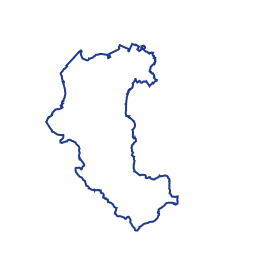 outline of Somcuta Mare, Maramures, Romania, rotated 46°
{"feature_id": "2599482B12476623860037", "entity_name": "Somcuta Mare", "entity_type": "district", "adm_level": 2, "iso_a3": "ROU", "parent_name": "Romania", "parent_adm1": "Maramures", "projection": "mercator", "projection_center": [23.535, 47.493], "detail": "fine", "context": "isolated", "style": "outline", "palette": "blue", "viewbox_px": 256, "rotation_deg": 46, "n_neighbors": 0, "source": "geoboundaries", "source_scale": "gbopen_adm2", "svg_char_len": 5850}
<svg xmlns="http://www.w3.org/2000/svg" viewBox="0 0 256 256"><g transform="rotate(46 128 128)"><path d="M207.2,193.6L208.3,192.3L207.9,191.1L208.0,189.6L207.0,188.4L207.5,187.8L207.8,186.9L207.7,186.5L207.9,185.1L207.8,184.2L208.6,181.9L209.7,180.6L209.9,179.8L210.2,179.5L210.5,177.7L212.6,175.3L213.4,172.7L213.2,171.1L213.3,169.4L212.2,167.2L212.1,166.0L211.2,165.1L210.5,164.9L210.3,165.5L209.6,165.2L209.7,164.4L209.5,163.9L208.8,164.0L208.6,163.3L207.9,162.4L208.2,160.8L208.7,159.5L208.5,158.9L209.0,156.9L208.9,154.5L208.7,153.9L208.7,152.6L209.7,150.9L213.1,147.6L213.7,147.4L214.4,147.8L215.9,147.1L215.3,146.5L216.3,146.1L216.5,145.7L216.8,144.9L216.4,144.4L214.7,142.9L214.1,142.7L211.8,139.8L211.1,140.7L210.8,141.5L210.2,142.1L209.0,142.8L208.7,143.5L207.9,144.0L206.3,143.7L205.4,143.2L203.8,143.4L202.9,141.9L201.4,140.7L200.3,140.5L199.4,139.4L197.4,137.6L196.8,136.6L195.5,135.9L195.2,135.2L194.9,135.2L194.9,134.7L194.5,134.6L193.8,133.8L191.4,133.8L190.6,133.2L189.9,133.3L189.1,133.5L187.8,134.4L186.8,136.1L185.3,138.2L184.2,138.3L184.5,139.3L184.4,140.7L183.4,143.4L183.5,144.2L183.3,144.7L182.1,145.8L180.2,146.7L179.5,146.7L178.6,146.3L177.9,147.4L177.4,149.0L176.7,149.7L176.0,149.7L174.8,148.5L173.9,148.4L172.1,149.6L170.1,152.4L164.4,153.1L163.7,153.6L163.6,153.0L160.8,151.9L160.2,151.0L159.6,150.8L159.0,149.8L158.2,149.2L158.1,148.5L157.1,147.7L156.5,146.5L156.1,146.0L154.6,145.6L153.8,144.6L152.8,144.2L152.8,143.6L150.4,144.2L149.1,141.4L147.7,141.5L146.9,140.8L146.6,140.2L144.5,139.2L144.2,138.3L143.7,137.7L143.4,136.6L143.2,136.6L143.3,135.4L143.0,135.3L143.0,134.4L142.8,133.9L143.0,132.8L143.0,131.4L141.2,129.9L140.7,130.1L139.8,129.7L139.9,129.9L139.6,130.1L139.4,131.0L137.9,130.8L134.3,127.1L132.3,126.1L132.5,124.7L132.3,123.4L131.6,121.9L130.3,120.5L126.7,118.7L126.7,118.4L126.4,119.3L122.4,119.4L122.4,119.7L122.0,119.9L120.6,120.1L120.2,118.9L118.2,121.0L115.4,119.1L113.9,117.1L111.0,114.2L110.3,113.9L109.9,113.1L109.1,113.1L109.0,112.2L104.9,107.3L103.8,105.2L103.5,105.5L103.0,105.2L103.1,104.9L102.2,103.1L102.8,103.1L102.7,102.8L101.7,102.2L101.9,101.0L101.2,100.9L101.2,100.3L101.8,100.1L101.4,99.2L102.0,98.4L102.0,96.7L100.3,94.2L99.2,93.8L99.0,91.3L98.4,89.9L98.6,89.1L97.9,88.7L98.0,88.5L99.6,89.3L101.7,89.7L102.1,86.9L104.2,87.2L104.7,87.1L105.0,86.6L105.2,85.0L105.6,84.1L106.2,83.9L107.2,82.8L107.1,82.4L112.8,83.4L112.6,82.9L112.7,80.0L112.5,79.0L113.5,79.0L113.2,75.6L113.9,74.7L113.6,73.9L112.6,74.5L109.8,74.4L109.3,73.9L109.5,73.5L109.2,73.2L107.7,72.4L106.5,72.4L106.2,72.1L105.6,72.8L103.6,72.5L103.5,73.1L102.8,72.8L102.2,73.0L99.8,69.0L99.9,68.3L99.6,66.3L99.9,65.4L100.4,65.0L99.6,64.1L100.1,63.8L99.0,62.0L98.5,62.1L98.1,61.7L98.4,61.5L97.7,61.1L97.5,60.7L97.1,60.9L96.7,60.7L96.6,60.2L96.0,60.6L95.9,59.8L95.6,59.9L94.9,59.6L94.5,59.9L94.2,59.3L93.4,59.7L92.4,59.4L91.8,58.8L91.3,57.8L90.6,58.7L90.2,58.6L90.1,59.2L89.5,59.9L89.3,60.7L88.8,60.5L88.4,61.3L87.1,61.1L85.5,61.8L85.4,62.1L82.3,62.3L82.2,61.8L81.9,61.8L82.2,60.1L81.1,59.4L80.1,59.4L79.4,59.8L79.2,60.6L78.6,61.3L79.8,61.8L79.4,62.2L79.4,62.6L80.3,63.0L80.7,63.6L80.5,64.0L80.8,64.2L80.5,64.7L80.7,65.9L80.4,66.5L77.9,66.7L77.2,63.6L73.6,64.4L73.7,65.0L70.4,66.6L73.4,74.0L73.2,74.3L72.7,74.3L72.5,73.6L71.6,72.6L68.7,74.0L62.7,76.3L63.3,77.6L63.3,78.1L64.7,78.9L65.0,80.1L62.3,88.2L61.5,91.0L62.9,91.8L63.2,90.9L64.6,91.5L64.0,93.7L61.4,91.8L60.9,92.3L59.4,93.3L56.3,95.7L55.1,97.2L54.4,98.6L53.1,100.2L53.2,101.5L52.9,102.4L52.9,104.2L51.6,107.4L50.9,107.7L51.3,108.4L51.5,109.5L51.2,110.2L50.6,110.6L46.4,112.4L43.3,111.3L41.3,110.1L40.9,109.8L41.1,109.5L40.6,108.0L39.6,107.9L39.3,109.3L39.2,110.4L40.1,122.9L40.3,129.0L41.4,129.1L41.5,132.4L41.0,133.2L41.6,135.2L41.8,138.4L42.6,139.0L44.7,139.5L46.7,141.2L48.9,142.1L49.0,142.5L50.1,141.9L50.8,142.7L50.4,143.2L56.1,146.3L59.7,149.1L60.4,149.9L61.2,151.4L62.2,152.5L62.2,153.2L62.6,154.0L63.8,155.7L63.1,156.3L64.0,158.0L65.1,157.7L65.1,160.8L65.9,160.9L66.4,160.3L67.5,160.7L66.8,161.6L67.5,162.0L66.4,164.8L65.3,165.7L64.3,167.5L64.6,167.9L64.4,168.6L64.5,170.7L64.3,171.2L65.1,173.0L65.4,172.8L66.1,173.6L65.7,176.3L65.1,177.4L65.5,178.3L65.3,178.5L65.6,179.5L66.6,181.6L66.8,182.6L74.6,184.2L76.7,184.3L77.7,185.2L79.6,184.2L83.8,183.3L87.0,180.7L88.1,179.4L90.0,181.2L90.3,184.1L89.9,184.6L90.0,185.5L91.5,186.6L92.9,185.9L93.1,185.0L94.8,181.6L95.3,181.1L95.0,180.4L95.0,179.4L96.2,177.9L96.7,177.6L98.2,177.5L99.4,176.5L100.5,176.5L101.9,175.8L103.8,176.4L106.6,176.1L108.9,177.0L109.4,177.5L109.6,178.3L109.9,178.7L112.3,180.0L114.2,182.9L115.4,183.2L115.7,184.0L117.0,183.9L117.2,184.6L118.4,184.1L122.4,184.4L124.5,185.4L124.6,186.0L124.3,187.3L124.8,189.1L125.5,189.8L125.3,190.4L122.8,190.4L121.9,191.8L120.6,192.8L120.6,193.6L122.5,195.6L123.4,196.0L126.9,196.5L129.0,196.6L129.9,196.5L131.6,195.6L134.2,196.3L136.4,195.7L137.4,196.5L140.1,197.7L140.5,198.1L141.9,197.4L143.0,197.3L143.8,197.6L144.1,198.2L145.8,197.2L147.2,197.1L148.2,196.2L148.9,195.1L149.6,195.4L149.5,195.2L149.7,194.8L150.0,194.8L151.1,193.6L151.5,192.7L151.9,192.6L152.1,193.0L152.1,192.5L152.4,192.4L152.6,191.8L153.2,191.5L153.4,191.7L154.0,191.0L155.8,192.6L157.9,191.4L158.8,191.6L159.7,192.3L160.0,192.8L160.1,193.6L160.7,194.1L161.1,193.6L161.7,193.7L162.0,193.4L162.3,193.7L162.7,193.7L163.6,192.7L163.9,192.9L163.7,193.2L164.1,193.3L164.6,192.6L165.3,192.3L166.0,192.4L166.9,193.6L167.4,193.8L167.6,193.4L168.9,193.0L169.2,192.6L171.3,192.0L172.4,191.9L175.5,192.8L177.6,191.7L178.4,193.4L179.2,194.3L179.6,195.9L180.4,196.3L180.3,196.7L180.6,196.9L181.3,196.6L184.0,196.9L185.1,196.1L185.8,195.0L189.0,193.3L189.9,193.0L191.5,193.1L191.8,192.8L191.6,190.4L191.9,190.1L191.9,189.6L192.5,189.1L195.5,189.8L196.4,190.4L196.9,191.6L197.6,192.0L199.5,192.2L201.3,192.8L204.9,193.0L206.4,193.9L207.2,193.6Z" fill="none" stroke="#1e3a8a" stroke-width="2"/></g></svg>